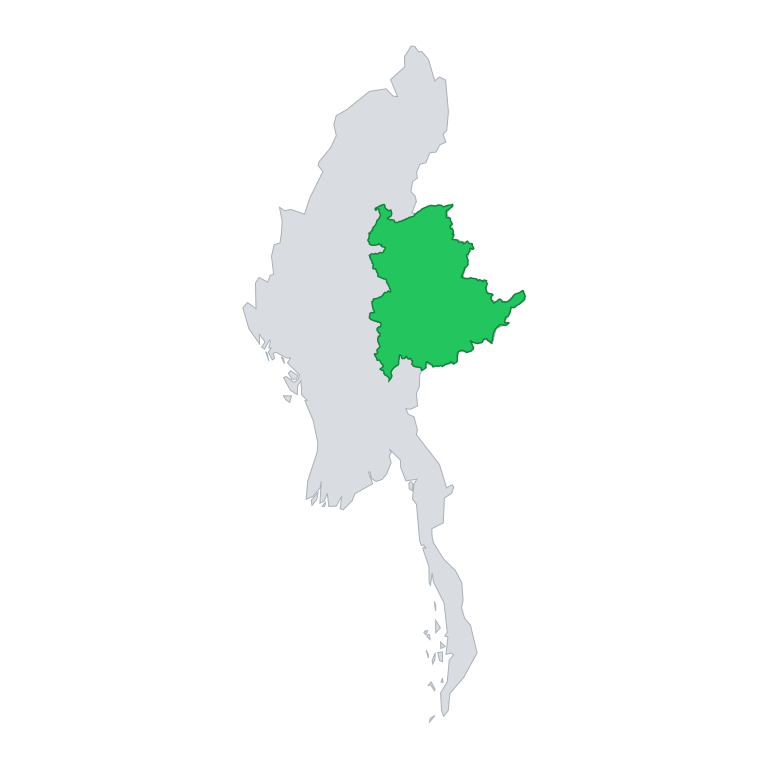 location of Shan within Myanmar
{"feature_id": "MMR-3277", "entity_name": "Shan", "entity_type": "State", "adm_level": 1, "iso_a3": "MMR", "parent_name": "Myanmar", "parent_adm1": "", "projection": "robinson", "projection_center": [97.631, 21.717], "detail": "fine", "context": "in_parent", "style": "filled", "palette": "green", "viewbox_px": 768, "rotation_deg": 0, "n_neighbors": 0, "source": "natural_earth", "source_scale": "10m", "svg_char_len": 9797}
<svg xmlns="http://www.w3.org/2000/svg" viewBox="0 0 768 768"><path d="M492.4,343.3L485.0,339.4L479.7,343.0L471.5,341.6L472.4,349.3L467.7,351.9L459.4,351.2L454.5,363.0L437.3,366.0L426.1,363.9L419.8,374.4L419.4,386.3L416.4,393.5L417.6,406.0L410.3,409.3L405.9,408.5L408.3,414.3L414.0,416.8L417.4,429.7L416.4,434.7L439.5,464.5L446.6,487.9L452.1,484.7L453.8,487.1L451.6,493.3L444.4,498.0L443.3,522.8L431.8,528.7L432.1,537.0L433.5,542.8L443.8,559.3L455.4,570.6L461.8,582.7L463.1,600.2L461.5,607.6L464.5,618.1L470.4,625.1L477.1,652.9L463.7,677.4L449.9,693.5L448.2,710.6L443.7,716.2L441.6,710.9L440.6,693.0L447.3,681.7L449.3,659.8L453.6,655.1L451.4,653.0L446.0,654.4L447.9,636.8L444.8,636.0L447.3,632.3L444.0,602.8L433.5,582.1L432.1,573.1L430.5,585.2L429.2,582.8L428.9,566.5L422.8,548.7L423.5,547.2L426.3,548.7L423.7,544.7L421.5,545.6L419.7,541.2L416.5,504.4L412.5,499.1L414.1,483.3L417.0,479.2L405.9,480.9L400.7,467.5L400.4,460.1L389.4,449.0L391.2,452.5L389.3,456.2L391.2,462.5L386.6,474.1L382.1,479.4L376.0,481.5L371.3,478.2L370.3,472.1L368.4,472.0L372.6,483.7L354.9,493.7L352.2,500.7L343.0,509.9L340.2,508.7L341.7,496.3L336.2,506.2L328.8,506.4L327.3,493.2L324.3,500.9L319.9,503.3L321.3,481.3L320.1,487.7L313.0,496.4L306.1,499.3L307.7,481.1L317.1,452.4L317.9,442.9L313.0,420.0L304.9,400.7L307.2,400.4L301.7,394.9L301.0,380.6L297.7,385.7L297.3,394.7L290.3,390.1L283.6,377.6L286.3,376.5L294.1,382.4L298.4,379.1L299.6,375.0L287.5,362.9L290.5,358.0L286.5,358.0L276.1,352.2L273.2,353.3L274.5,358.5L272.3,359.9L268.3,352.1L271.3,348.2L268.8,348.0L270.5,341.1L269.5,340.0L264.6,349.2L261.7,347.1L264.9,342.4L263.7,339.7L259.3,334.3L259.6,344.0L248.9,328.7L242.8,307.9L247.6,302.5L256.0,308.7L255.5,283.0L259.1,277.5L267.7,282.1L270.2,275.5L273.6,273.9L271.5,256.2L274.2,244.8L280.0,242.9L281.4,233.6L282.2,221.2L279.5,207.3L284.8,210.7L290.7,209.4L304.5,214.2L309.8,198.0L322.9,171.6L318.1,165.6L319.0,161.8L330.4,148.0L336.3,135.6L333.8,124.5L336.3,115.5L346.7,109.7L369.4,91.4L386.1,88.8L393.0,96.0L397.6,96.7L390.6,79.6L404.8,66.8L404.5,56.7L411.1,46.1L414.9,46.5L418.3,51.7L421.9,51.7L428.5,59.4L434.7,80.9L439.4,77.0L445.6,80.1L448.4,111.8L446.8,130.3L443.0,134.5L445.9,142.1L440.0,144.8L435.9,152.1L429.9,152.7L425.8,162.8L419.9,164.3L416.6,172.2L417.3,178.1L412.5,181.6L410.9,191.8L415.1,195.9L416.4,201.4L411.9,212.9L415.7,213.4L432.2,205.7L443.7,207.1L451.6,205.3L446.7,213.1L451.5,223.3L452.6,239.0L469.9,243.4L472.7,247.4L468.9,252.3L463.0,277.7L485.7,281.2L486.4,291.0L491.3,294.5L492.0,300.0L495.1,301.7L507.3,301.4L514.5,294.7L523.8,291.8L524.3,297.4L522.3,301.5L512.1,307.2L505.3,318.8L504.8,321.3L508.0,323.6L496.3,328.3L492.4,343.3ZM290.7,370.8L297.9,375.5L296.5,379.0L291.9,379.2L288.4,373.1L290.7,370.8ZM435.7,620.3L440.3,627.8L435.7,632.8L435.7,620.3ZM289.7,402.5L285.9,399.8L283.4,395.8L291.5,395.9L289.7,402.5ZM442.4,652.0L442.6,661.7L439.6,660.6L437.7,652.5L442.4,652.0ZM316.9,499.2L312.0,505.4L311.3,500.1L318.1,492.4L316.9,499.2ZM412.2,490.7L409.2,488.8L408.9,483.1L411.2,481.5L413.0,484.3L412.2,490.7ZM432.8,663.9L432.1,660.6L435.3,652.8L434.8,659.7L432.8,663.9ZM431.1,681.9L435.1,689.2L434.4,690.7L430.7,684.9L428.3,685.3L431.1,681.9ZM445.1,646.5L440.8,648.6L440.6,641.9L445.1,646.5ZM435.1,715.6L429.5,721.9L430.2,718.4L435.1,715.6ZM267.0,353.1L268.9,361.0L265.6,351.6L267.0,353.1ZM435.7,605.1L435.6,611.0L434.2,601.3L435.7,605.1ZM283.7,358.7L284.4,363.7L281.2,356.6L283.7,358.7ZM430.1,639.5L426.9,636.5L428.0,634.4L429.6,634.8L430.1,639.5ZM427.8,630.8L425.8,634.8L423.8,632.4L425.4,630.7L427.8,630.8ZM428.3,654.6L428.4,658.1L426.1,650.0L428.3,654.6ZM324.5,506.4L322.2,506.3L325.2,502.3L325.5,503.8L324.5,506.4ZM443.0,682.6L441.0,682.0L442.5,678.1L443.0,682.6Z" fill="#d9dde1" stroke="#a8b0b8" stroke-width="1"/><path d="M488.4,340.9L487.4,339.9L487.2,339.3L486.7,338.7L484.6,339.0L483.4,339.6L482.3,342.1L481.8,342.6L479.3,343.0L477.6,343.6L476.5,343.1L475.3,343.1L472.9,342.2L470.9,340.9L470.3,341.1L471.7,343.1L472.4,345.9L473.4,347.1L473.6,347.6L473.1,349.2L471.0,351.1L466.4,352.5L464.5,351.0L462.7,350.3L460.8,350.5L459.4,351.1L458.2,352.0L457.6,353.3L457.3,355.8L457.5,357.1L457.1,358.1L457.4,360.4L457.1,361.3L456.3,362.5L455.0,363.0L453.9,363.9L453.4,364.0L452.4,362.6L451.0,361.8L449.2,363.3L445.2,364.3L444.5,365.3L442.9,365.9L442.4,366.5L441.0,365.4L439.5,366.1L435.3,366.0L433.1,366.9L432.5,366.5L432.3,365.0L431.0,364.5L429.1,362.8L427.9,362.8L427.0,361.7L426.4,361.9L426.2,362.4L425.8,364.8L426.0,366.8L425.9,367.9L425.0,368.1L424.0,369.2L422.0,370.3L421.5,370.3L421.0,368.0L420.5,367.6L419.2,367.4L418.0,366.7L417.0,367.2L413.4,366.1L412.7,365.0L411.8,364.1L412.6,361.0L411.6,360.4L410.5,358.4L409.9,358.4L409.0,359.1L408.2,359.0L406.5,356.9L406.5,356.5L405.7,356.7L404.8,358.4L402.4,358.6L401.6,357.9L401.2,355.8L400.3,355.2L399.4,355.2L399.1,359.1L398.7,359.6L398.6,363.5L398.4,364.6L395.0,366.9L393.3,368.4L392.2,369.8L391.4,371.1L390.8,372.9L391.8,375.2L391.8,376.3L391.0,378.2L389.1,380.6L389.3,378.9L388.6,377.3L386.1,375.4L384.8,374.8L383.8,373.1L384.0,372.0L383.3,370.4L381.8,370.3L380.2,369.3L380.3,368.7L382.1,367.8L382.5,367.1L383.3,366.5L383.4,365.8L383.3,365.3L382.2,364.5L380.5,362.0L379.6,360.2L378.7,360.0L377.7,360.3L377.0,360.0L376.8,358.4L375.2,356.0L374.5,354.5L374.6,353.9L375.2,354.1L375.7,353.8L376.3,354.1L376.9,353.6L377.7,352.2L377.1,351.5L376.9,350.0L379.9,346.9L379.9,346.3L378.0,341.5L377.7,339.4L377.9,338.2L378.4,337.5L378.3,336.3L379.4,336.3L380.0,335.9L379.9,333.4L379.8,333.2L379.3,333.3L378.6,332.7L377.8,331.2L377.2,330.6L377.0,330.1L377.3,329.3L377.1,328.5L378.7,326.9L380.6,326.9L380.7,325.2L381.2,324.5L381.2,323.9L380.5,322.8L379.6,322.6L378.6,321.6L377.7,322.2L376.3,321.1L375.1,321.2L370.9,319.4L369.5,318.2L369.4,316.3L370.0,315.0L369.8,313.6L370.3,313.1L371.8,312.4L372.7,312.7L374.0,312.6L374.5,312.3L373.9,310.6L373.2,309.4L372.3,305.4L371.9,301.8L373.4,300.6L373.1,300.0L373.5,299.0L377.3,298.4L379.6,297.1L381.1,296.8L382.4,295.7L383.9,293.5L384.9,292.5L385.3,292.4L386.0,292.7L387.6,292.0L388.3,290.9L389.4,291.8L390.4,291.9L390.7,291.5L390.3,289.2L389.6,288.5L389.4,286.8L388.4,285.5L387.9,284.0L386.8,282.7L386.3,279.9L385.9,279.4L385.4,279.1L383.5,278.8L378.0,276.4L377.8,276.1L377.9,274.1L377.4,272.8L376.6,271.9L376.3,270.0L375.5,269.0L373.1,268.7L372.8,267.8L373.3,264.5L373.0,263.7L372.1,263.1L372.1,261.5L370.4,258.9L370.4,257.2L369.8,257.1L369.7,256.2L369.3,255.4L371.4,253.9L373.9,254.2L375.7,253.4L376.4,253.9L377.7,253.8L380.0,252.5L381.9,252.8L382.8,252.5L383.6,251.7L383.8,250.7L385.4,248.3L385.1,247.5L384.2,247.0L382.4,246.8L381.3,246.1L381.4,244.6L380.3,244.8L379.0,243.8L378.1,244.6L373.8,245.3L371.1,245.1L369.6,244.1L369.3,243.7L369.5,243.2L369.2,242.3L368.0,240.7L367.9,239.9L369.0,238.2L369.1,236.0L369.4,234.8L368.9,233.3L369.4,233.2L369.9,233.6L370.3,233.5L370.5,233.1L370.4,232.4L370.8,231.8L371.9,230.6L372.6,230.4L372.3,229.1L372.9,228.5L373.0,227.6L375.4,225.1L376.5,222.8L376.8,221.0L377.5,219.9L378.7,219.1L380.5,215.2L380.4,214.4L379.7,213.4L379.1,211.4L378.9,209.3L378.2,208.8L377.3,208.9L375.9,210.3L375.2,209.6L375.1,209.1L375.5,208.2L381.5,205.1L384.1,204.5L384.8,205.4L384.9,207.1L385.8,208.7L389.1,210.9L390.7,210.0L391.1,210.6L391.5,212.3L391.7,214.3L390.9,216.1L390.2,216.7L387.4,217.9L387.5,218.7L390.5,219.8L391.5,219.6L394.1,220.3L394.4,220.6L394.4,221.7L394.7,222.4L397.3,222.5L399.7,221.4L401.4,221.3L402.4,220.4L403.9,220.4L404.4,219.7L405.0,219.8L406.1,218.8L407.4,218.7L409.0,217.5L413.6,216.3L414.3,215.7L414.6,215.1L414.5,214.4L416.0,213.8L418.3,211.6L419.8,211.2L422.1,208.9L428.8,206.0L431.2,205.4L435.8,206.1L437.9,205.0L439.1,205.0L441.2,205.3L443.8,206.9L445.5,206.0L446.8,205.8L447.9,205.3L451.1,205.0L452.5,204.4L452.8,205.5L452.3,206.6L447.9,210.1L446.2,210.8L446.1,211.1L446.6,212.0L446.3,213.2L446.5,216.3L446.3,217.0L446.9,217.5L449.8,218.0L450.3,218.4L450.5,220.8L452.3,223.8L452.1,224.5L450.4,225.7L449.9,226.6L450.5,228.5L450.9,228.8L452.1,228.5L452.5,229.0L453.3,231.2L453.4,232.6L453.1,233.3L452.2,233.8L452.2,234.2L453.6,234.2L454.0,235.2L452.4,238.2L452.4,239.4L457.6,240.1L458.1,241.3L458.5,242.0L459.2,242.3L460.9,242.1L462.9,242.5L463.2,243.5L463.6,243.9L465.7,242.8L466.7,241.4L467.3,241.2L467.8,241.6L468.8,243.0L469.4,243.5L471.8,243.6L472.3,243.9L472.2,245.5L473.6,247.8L473.7,248.6L473.0,249.3L472.0,249.2L470.3,248.2L469.8,248.5L469.8,251.1L468.7,252.7L468.1,254.1L466.5,255.2L466.5,256.1L468.0,260.1L468.1,260.9L467.7,262.9L468.1,264.2L467.7,265.1L465.7,267.3L464.5,268.0L464.3,268.4L464.6,268.9L464.5,269.8L463.7,271.0L463.1,273.3L462.1,274.8L461.9,275.5L462.4,276.1L461.4,276.7L462.1,277.4L464.8,278.5L468.3,278.6L470.7,277.7L472.3,278.4L473.8,278.4L476.8,279.1L477.7,280.5L478.4,280.8L479.0,280.0L479.6,279.7L482.0,280.9L482.7,281.6L483.3,281.2L483.5,280.2L484.1,280.1L486.5,280.6L486.2,281.5L487.2,283.6L486.9,285.0L485.8,287.6L485.7,288.4L486.4,290.3L486.7,292.3L487.1,292.9L488.2,293.6L490.9,293.7L492.1,294.1L492.8,294.7L492.8,295.3L492.0,295.7L491.3,296.8L491.0,297.9L491.2,299.3L491.4,300.1L492.4,301.0L493.4,302.7L494.2,303.0L496.0,301.6L497.4,301.0L498.6,299.5L499.1,299.3L500.4,299.3L500.9,299.7L501.8,300.5L502.3,301.7L502.7,302.0L503.9,301.7L506.3,302.0L507.9,301.5L510.4,299.8L512.1,297.8L513.3,295.8L514.5,294.6L515.8,293.9L519.5,292.7L522.3,290.7L523.4,290.9L523.7,293.3L524.4,293.9L525.0,295.4L524.9,295.9L525.2,296.3L524.5,297.9L524.8,299.1L524.6,299.6L519.8,303.8L516.5,305.6L515.1,307.1L513.9,307.6L513.2,307.7L512.1,307.2L511.1,307.2L510.0,312.7L508.0,316.5L505.5,317.5L505.9,318.8L505.0,319.6L504.7,321.9L504.6,322.6L505.2,323.1L508.0,322.5L508.9,322.7L508.9,323.0L507.3,324.5L505.3,325.5L500.5,324.6L499.9,324.7L498.8,326.3L497.6,326.7L495.1,329.5L494.8,330.5L493.9,332.2L493.2,334.9L492.3,340.7L491.6,341.6L491.6,343.2L490.2,342.3L489.6,341.2L488.4,340.9Z" fill="#22c55e" stroke="#15803d" stroke-width="1.5"/></svg>